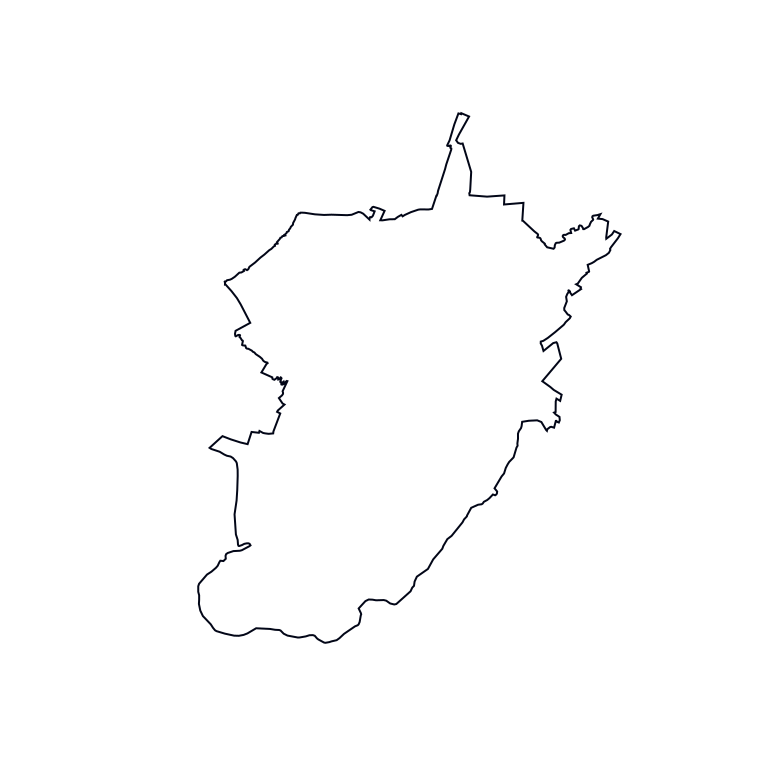 the district of Balc, Bihor, Romania, rotated 146°
{"feature_id": "2599482B50567308874625", "entity_name": "Balc", "entity_type": "district", "adm_level": 2, "iso_a3": "ROU", "parent_name": "Romania", "parent_adm1": "Bihor", "projection": "equal_earth", "projection_center": [22.518, 47.312], "detail": "fine", "context": "isolated", "style": "outline", "palette": "ink", "viewbox_px": 768, "rotation_deg": 146, "n_neighbors": 0, "source": "geoboundaries", "source_scale": "gbopen_adm2", "svg_char_len": 6166}
<svg xmlns="http://www.w3.org/2000/svg" viewBox="0 0 768 768"><g transform="rotate(146 384 384)"><path d="M460.0,555.7L459.8,555.7L458.5,546.3L457.9,537.5L458.3,530.1L460.7,509.5L477.3,511.1L479.5,508.9L480.4,507.0L480.2,506.4L477.6,506.2L476.7,505.8L476.1,505.1L476.3,504.6L477.0,504.4L477.5,503.8L477.2,502.5L477.3,499.7L476.9,498.9L477.0,498.5L479.8,495.8L479.4,494.9L477.5,493.4L478.2,490.9L477.8,489.9L476.7,489.0L474.9,485.5L474.7,484.1L473.8,482.6L473.6,480.5L471.7,475.8L471.0,473.1L471.1,471.0L470.9,470.2L470.4,468.9L468.7,466.9L468.9,466.3L470.0,466.4L479.2,462.1L472.9,452.0L473.6,450.7L473.3,449.9L472.5,448.8L469.8,448.9L468.7,449.4L468.1,448.6L469.2,446.9L467.6,446.2L467.0,446.9L465.9,447.2L465.7,446.5L465.8,446.0L467.6,445.0L467.8,444.3L468.6,444.0L468.8,443.6L468.2,442.5L467.4,442.0L466.0,442.1L466.2,441.7L466.8,441.2L468.9,441.8L469.2,441.4L469.3,440.9L468.6,440.3L467.2,440.0L466.3,440.0L464.4,440.8L462.9,440.9L462.5,440.4L472.1,434.7L472.5,433.4L473.2,432.3L474.9,431.6L479.0,431.1L479.0,424.6L478.0,422.6L486.9,421.4L488.2,420.7L486.5,417.6L502.2,406.5L503.5,405.0L507.5,407.2L510.1,409.5L511.6,411.0L513.5,414.7L515.0,413.5L520.6,418.3L530.7,410.4L535.7,415.8L542.0,423.8L547.1,431.1L564.3,428.6L563.5,426.7L558.1,419.7L555.9,414.9L554.4,412.4L551.7,409.6L550.6,407.0L550.0,402.5L550.3,400.7L553.2,394.9L556.7,389.6L565.0,378.1L571.4,369.8L580.8,359.5L590.9,342.1L592.5,336.6L594.9,332.4L595.1,331.1L594.5,330.6L591.9,329.9L589.2,329.6L587.0,328.7L585.5,327.7L584.8,326.7L584.9,324.9L586.3,324.8L594.8,325.7L596.8,326.4L602.3,329.7L608.1,331.3L610.1,331.2L611.5,330.1L612.9,327.6L616.1,327.0L618.5,329.0L620.2,328.3L623.5,326.3L626.1,325.6L632.0,324.9L637.3,325.0L649.0,321.8L651.1,320.2L654.2,315.6L655.4,312.2L657.9,308.5L660.4,305.2L663.0,298.9L663.9,292.9L662.0,281.6L662.1,277.5L661.8,274.3L661.0,272.7L655.5,266.0L649.0,259.2L645.1,256.4L640.7,254.5L636.7,253.6L626.6,253.0L615.5,244.7L611.7,241.1L608.5,238.7L607.6,237.5L606.8,233.1L604.7,229.4L597.2,222.0L595.6,221.0L590.0,218.5L586.3,217.4L583.4,215.6L582.2,214.0L581.8,210.5L581.3,209.0L578.3,203.2L577.3,202.2L573.7,200.6L571.5,200.0L566.5,198.1L563.1,198.2L556.9,199.2L543.5,199.3L540.7,198.7L539.5,198.9L537.3,200.3L532.6,205.2L531.7,205.8L531.3,206.9L530.5,212.1L520.8,214.4L517.2,213.9L514.1,211.6L511.5,209.1L505.0,205.0L503.3,203.1L501.6,198.6L498.8,195.5L496.8,194.7L477.9,197.3L474.4,199.4L472.0,199.9L469.1,203.1L464.5,205.9L451.0,206.1L441.3,211.1L427.8,214.8L425.3,216.6L418.2,220.0L412.9,220.3L396.3,225.4L393.3,227.0L389.3,227.9L388.8,228.5L380.9,232.6L373.5,231.3L370.3,229.7L369.0,229.7L367.1,230.5L363.3,230.1L360.4,230.4L355.5,231.5L354.1,229.6L352.6,229.6L351.5,230.2L350.3,231.6L350.7,235.7L338.2,241.6L334.5,242.7L330.0,246.3L326.5,248.2L323.8,249.4L317.6,250.7L309.7,257.2L307.8,258.1L306.7,260.1L303.5,263.7L300.7,267.9L298.7,269.4L295.1,270.8L293.5,272.1L290.6,275.4L284.4,272.5L277.3,268.2L274.8,264.5L275.3,255.2L275.1,254.1L273.9,255.2L270.3,255.4L269.3,255.0L267.4,252.7L262.2,257.3L261.7,257.0L261.7,255.9L260.6,254.3L258.5,255.7L256.9,258.6L258.6,262.6L259.0,265.2L257.4,264.8L251.4,273.5L249.2,275.4L247.4,271.5L242.7,275.8L246.6,284.2L247.8,288.6L251.2,297.8L223.0,305.8L217.7,320.7L217.7,322.2L220.8,323.3L233.3,322.2L231.6,327.4L231.4,330.0L230.3,331.5L227.8,330.7L222.5,330.6L213.2,331.3L201.7,332.6L198.8,333.7L193.2,334.6L191.5,335.5L192.0,337.7L192.8,338.9L193.0,342.8L193.2,344.4L192.1,346.2L186.2,350.3L184.3,354.4L181.8,356.1L179.4,357.1L178.8,358.4L178.6,358.4L178.2,357.8L178.1,356.6L178.6,355.8L178.5,352.5L167.5,352.5L167.6,353.3L166.6,354.1L168.9,359.2L167.2,358.9L160.6,361.4L154.1,362.1L153.9,363.0L151.4,362.4L151.0,362.6L148.5,368.9L144.2,368.0L141.3,367.8L138.2,368.0L128.0,366.7L124.2,367.0L121.4,368.5L121.1,369.6L119.5,370.4L108.7,374.0L104.1,376.0L107.6,382.1L111.5,380.5L118.5,380.1L117.8,381.3L107.3,393.3L110.6,398.5L114.2,401.5L109.6,403.8L112.6,404.7L116.4,406.5L117.3,406.5L118.1,405.9L118.6,403.4L119.0,403.1L121.6,402.7L124.0,401.3L125.2,400.3L127.0,400.1L131.5,400.5L132.2,401.0L131.9,401.7L131.8,404.4L132.0,404.9L133.0,406.0L134.2,405.8L136.0,403.6L136.5,403.5L139.8,404.3L139.5,406.9L142.2,407.9L143.3,407.5L144.4,404.5L146.5,405.7L150.0,406.0L151.3,407.0L152.1,407.2L152.9,406.9L153.3,406.4L153.4,405.6L152.9,403.7L153.0,402.8L153.5,402.4L154.6,402.2L159.7,403.2L161.8,404.5L162.9,404.7L164.8,403.5L166.3,401.7L167.8,401.3L172.3,406.1L172.7,409.9L172.2,410.4L173.3,414.0L173.4,415.4L173.0,416.5L172.9,417.5L173.3,418.3L174.9,419.7L174.9,420.1L173.2,421.1L172.8,421.6L172.7,422.4L174.0,426.4L177.5,441.5L178.0,442.1L167.1,456.2L184.1,465.7L178.7,473.0L193.8,481.7L207.5,492.6L206.6,494.5L205.4,495.1L203.7,497.1L193.1,511.1L184.3,539.4L186.1,540.2L187.8,542.5L187.9,545.7L182.4,548.9L163.9,558.2L168.5,565.3L169.2,564.6L171.0,566.7L180.5,559.9L193.4,549.3L198.2,546.5L198.3,546.0L196.9,544.9L195.8,544.8L195.4,544.3L195.4,544.0L196.8,542.9L196.9,542.5L196.5,541.6L197.2,540.7L209.6,531.2L213.1,528.1L231.3,513.8L232.9,512.1L235.0,510.6L235.3,510.8L246.3,502.3L249.5,503.8L256.3,508.5L258.2,509.4L265.5,511.4L272.1,512.5L274.8,512.6L275.0,514.5L279.1,514.8L282.9,514.6L287.4,517.5L293.7,520.5L295.5,521.8L286.7,527.2L289.7,531.9L293.7,536.8L294.7,537.1L297.8,536.1L297.6,535.4L295.2,532.4L299.1,529.7L301.1,529.2L302.1,530.1L303.4,529.4L304.1,528.4L306.0,536.8L307.4,539.4L309.0,540.9L316.2,542.4L320.2,544.6L332.8,553.7L339.2,557.7L346.4,563.3L353.9,570.2L356.3,572.0L357.5,572.8L358.2,572.5L359.4,573.3L361.0,572.5L361.7,572.9L364.6,571.1L365.7,570.2L369.3,568.3L370.4,567.0L373.3,566.4L374.9,565.4L376.3,565.1L377.7,564.0L379.6,564.3L380.5,563.6L382.7,563.3L383.0,563.1L382.9,562.4L383.5,562.6L383.8,563.2L384.4,562.8L385.5,563.4L387.0,562.8L388.1,563.2L389.3,562.5L393.6,561.4L393.9,560.8L393.5,560.0L393.7,559.8L395.1,560.6L396.2,560.6L396.6,560.6L397.1,559.5L398.3,559.7L401.8,559.0L404.3,559.1L410.8,558.2L415.7,557.9L423.0,556.8L430.0,556.4L432.4,555.0L433.9,555.0L434.8,556.7L435.7,557.1L436.7,557.0L436.9,556.0L439.8,556.2L441.7,557.2L447.7,556.3L451.5,556.3L453.3,556.6L456.1,557.8L457.5,557.4L458.6,558.0L458.9,557.9L459.1,557.0L460.0,555.7Z" fill="none" stroke="#020617" stroke-width="2"/></g></svg>